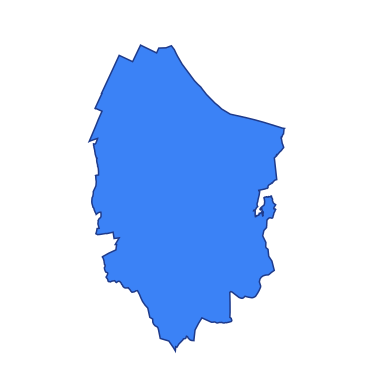 outline of Luncavita, Tulcea, Romania, rotated 350°
{"feature_id": "2599482B10547950725498", "entity_name": "Luncavita", "entity_type": "district", "adm_level": 2, "iso_a3": "ROU", "parent_name": "Romania", "parent_adm1": "Tulcea", "projection": "orthographic", "projection_center": [28.311, 45.281], "detail": "fine", "context": "isolated", "style": "filled", "palette": "blue", "viewbox_px": 384, "rotation_deg": 350, "n_neighbors": 0, "source": "geoboundaries", "source_scale": "gbopen_adm2", "svg_char_len": 5927}
<svg xmlns="http://www.w3.org/2000/svg" viewBox="0 0 384 384"><g transform="rotate(350 192 192)"><path d="M166.8,38.4L166.4,39.1L164.2,42.1L156.4,53.0L156.1,53.3L144.0,44.8L135.6,56.9L120.0,79.2L120.4,79.4L117.7,83.2L111.0,92.9L111.2,93.1L111.4,92.8L117.4,96.8L112.3,104.4L108.9,109.9L99.6,124.3L99.9,124.2L101.9,123.8L108.4,122.8L108.3,123.1L105.8,127.2L105.2,127.8L104.7,127.9L103.4,127.5L103.2,129.0L103.2,129.3L103.4,129.9L103.3,130.2L103.2,131.1L103.4,133.8L103.3,135.5L103.4,136.1L103.3,136.5L103.3,138.3L103.8,142.1L104.4,142.2L104.4,142.3L103.9,143.0L103.7,143.5L103.6,144.4L103.5,145.9L103.6,148.1L103.8,148.4L103.6,149.3L103.7,149.9L103.5,150.3L103.7,150.9L103.8,152.5L103.5,155.6L102.9,159.0L100.8,158.9L100.8,159.1L99.9,159.1L100.0,159.5L99.9,160.2L99.6,162.5L99.5,165.2L98.7,168.4L98.3,169.5L94.8,174.5L94.6,176.0L94.3,177.0L93.5,179.2L92.7,180.1L92.3,181.3L91.6,184.3L91.5,186.1L91.8,188.8L91.8,189.7L92.5,190.9L92.6,192.7L93.2,195.3L93.5,196.0L93.6,196.8L93.8,197.0L93.8,197.4L96.0,196.2L96.7,196.0L97.6,195.9L98.7,196.1L98.6,198.0L98.1,200.4L97.5,201.2L96.5,201.9L96.2,201.9L95.7,202.4L94.5,203.9L94.6,204.4L93.8,207.1L94.2,211.6L92.2,211.5L91.1,214.4L90.1,216.4L91.0,217.1L91.6,217.6L93.9,217.8L100.1,217.9L100.8,218.2L107.3,217.9L107.2,224.3L112.3,224.5L107.3,230.4L108.6,230.7L107.0,235.8L99.4,237.8L92.5,240.2L92.5,240.8L92.8,241.3L93.0,241.6L93.1,242.5L93.3,243.7L93.4,245.1L93.3,245.6L93.3,247.0L93.2,248.0L93.6,248.8L93.8,249.0L93.5,249.8L93.4,250.5L92.6,251.2L92.5,251.5L92.5,252.8L92.8,254.7L93.3,256.0L94.1,256.4L94.7,256.8L94.8,256.9L94.9,257.3L94.8,257.9L94.3,258.8L93.8,259.6L92.7,260.7L92.6,260.9L92.7,261.1L92.8,261.5L93.4,262.4L93.6,262.9L93.8,263.6L93.9,265.2L94.2,265.7L95.3,266.0L96.0,266.4L97.5,265.9L100.4,265.9L100.5,266.0L101.2,267.4L101.8,268.0L103.6,267.2L104.3,267.2L105.0,267.4L105.5,267.8L105.9,268.6L106.5,269.5L106.7,270.7L107.0,271.2L107.4,271.7L107.6,272.9L107.8,273.3L108.2,273.7L108.5,274.2L109.2,274.7L110.0,275.0L111.0,275.1L111.8,275.3L112.3,275.1L112.6,275.2L112.9,275.9L114.0,277.5L114.4,278.7L115.5,280.3L117.7,280.3L118.7,280.0L119.6,279.6L121.2,279.7L122.5,283.8L123.3,287.5L124.3,291.2L126.2,295.4L128.3,298.6L128.7,308.1L131.2,310.3L130.8,313.4L131.2,315.3L132.3,317.2L134.5,319.0L134.9,320.0L135.1,322.1L135.3,330.7L143.3,334.7L147.0,342.8L147.1,343.2L148.0,345.6L149.1,341.5L150.2,342.2L152.7,339.4L157.4,336.0L158.1,335.1L159.7,335.2L160.5,334.9L161.5,333.1L162.4,333.6L163.0,335.4L164.6,337.5L166.0,338.2L168.1,338.7L168.3,337.7L171.0,328.5L175.7,322.4L179.9,317.7L188.5,323.6L190.3,323.9L191.2,323.8L192.3,324.2L193.6,325.2L194.3,325.4L196.5,325.2L197.1,325.4L197.4,325.4L198.1,325.6L198.6,325.5L199.8,326.3L201.0,326.6L202.2,326.4L203.1,326.7L205.9,326.6L206.5,326.5L207.9,326.4L208.5,326.1L208.9,325.4L208.8,325.1L208.9,324.9L208.7,324.4L208.7,323.4L208.5,323.0L207.5,322.1L208.6,317.1L210.3,307.2L211.8,297.4L213.0,296.8L214.2,297.6L220.0,304.0L221.7,305.0L222.9,305.4L224.2,305.2L226.1,303.9L229.1,305.3L232.1,306.4L232.8,306.6L234.4,306.5L236.4,305.8L238.9,303.2L241.1,300.5L243.0,297.6L243.3,296.5L242.7,292.2L243.8,289.6L245.4,287.9L247.6,286.9L250.1,286.6L251.5,286.7L252.5,286.9L253.5,286.6L256.4,284.9L259.4,283.5L258.7,273.9L256.4,268.6L256.9,261.7L255.3,259.8L255.1,258.8L256.0,254.5L254.0,247.5L256.1,242.4L259.2,240.0L259.4,239.0L259.8,237.8L259.9,237.0L260.2,235.9L260.4,234.8L260.9,232.7L261.5,232.3L261.7,232.0L262.0,231.8L263.4,231.0L263.9,230.9L264.4,230.9L265.5,231.4L266.0,231.6L266.6,231.6L266.8,231.5L267.1,231.2L267.7,229.8L268.4,228.5L269.1,226.8L270.1,225.6L270.3,225.3L270.6,224.6L271.4,223.7L271.0,223.2L269.7,222.8L269.7,222.4L269.9,221.8L270.2,221.3L272.2,219.1L270.5,217.3L270.2,216.8L269.7,214.2L269.8,213.9L270.0,213.5L270.1,213.0L269.7,211.8L269.5,210.5L269.5,209.8L268.8,209.8L268.7,210.4L266.5,209.8L266.1,210.3L265.9,210.3L264.9,209.7L264.4,209.6L264.2,209.8L263.9,209.8L263.0,209.7L262.6,209.8L262.1,210.0L261.8,210.2L261.8,210.4L261.9,210.8L262.0,211.8L261.9,212.6L262.0,212.8L261.9,214.2L261.6,215.1L261.3,216.3L260.5,217.6L260.1,217.8L259.6,218.0L258.4,218.6L258.0,219.0L257.3,219.3L256.2,220.4L256.4,220.7L256.0,221.1L256.4,221.5L257.1,220.8L257.6,219.7L257.8,219.7L257.9,219.8L257.8,220.3L257.7,221.2L257.8,221.9L258.0,222.3L257.8,222.6L257.7,223.3L257.8,223.4L258.6,223.6L258.7,223.8L258.7,224.1L258.7,224.5L258.6,225.0L258.2,225.0L257.7,225.7L257.7,225.9L258.0,226.2L258.0,226.7L258.1,227.2L258.0,227.4L257.9,227.7L257.4,227.8L257.4,227.2L257.4,226.4L257.3,226.2L257.3,224.7L257.1,224.0L257.0,223.8L256.7,224.1L255.6,224.9L255.4,225.0L254.6,224.6L254.0,225.7L254.2,225.8L254.1,226.0L253.9,226.0L253.6,226.1L253.5,226.4L252.7,226.5L252.4,226.6L251.8,226.4L251.3,226.6L251.4,226.9L251.4,227.0L251.1,227.1L250.7,227.1L250.5,227.4L250.1,227.3L250.3,224.8L250.5,224.1L251.0,221.3L250.6,221.2L249.5,221.2L249.4,221.2L249.6,220.8L250.1,220.6L250.7,220.6L251.2,220.5L251.8,220.0L252.9,218.5L254.2,217.8L253.9,216.6L253.9,215.5L254.1,214.6L255.1,212.8L255.6,211.2L257.6,206.7L258.2,204.9L258.8,203.1L258.8,202.8L258.7,202.6L258.2,202.6L258.0,202.4L258.0,201.9L259.0,201.9L264.4,201.7L265.7,201.4L266.8,201.5L267.5,201.0L267.7,200.6L267.7,200.0L267.9,199.5L268.3,198.9L268.8,198.5L270.0,198.0L271.1,197.7L272.0,196.9L272.4,196.9L272.6,197.1L274.1,195.8L275.4,194.9L276.3,194.6L277.6,194.5L279.0,172.7L279.8,172.2L281.7,171.0L281.9,170.7L281.5,170.4L282.0,169.8L282.6,170.1L285.5,167.7L286.3,167.3L287.8,166.1L288.9,165.0L290.0,164.2L290.0,163.4L289.8,162.4L289.7,161.5L289.3,159.8L289.3,158.4L289.3,154.4L289.1,154.3L289.6,153.2L290.1,153.4L291.1,151.7L291.6,151.0L292.2,150.7L293.7,145.5L293.9,145.4L291.9,144.7L289.7,143.5L274.9,135.9L266.5,131.9L258.6,128.4L243.2,122.0L235.6,115.4L233.1,112.0L230.0,108.4L223.2,98.5L220.0,92.5L218.9,90.2L216.4,86.9L213.7,82.8L204.5,64.5L201.3,55.7L200.4,52.8L199.3,48.7L197.1,44.4L191.4,45.5L184.3,44.5L181.3,48.9L166.8,38.4Z" fill="#3b82f6" stroke="#1e3a8a" stroke-width="1.5"/></g></svg>